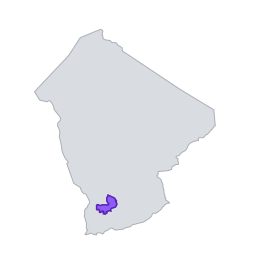 location of Biskra within Algeria, rotated 172°
{"feature_id": "DZA-2211", "entity_name": "Biskra", "entity_type": "Province", "adm_level": 1, "iso_a3": "DZA", "parent_name": "Algeria", "parent_adm1": "", "projection": "equal_earth", "projection_center": [5.569, 34.431], "detail": "fine", "context": "in_parent", "style": "filled", "palette": "violet", "viewbox_px": 256, "rotation_deg": 172, "n_neighbors": 0, "source": "natural_earth", "source_scale": "10m", "svg_char_len": 5592}
<svg xmlns="http://www.w3.org/2000/svg" viewBox="0 0 256 256"><g transform="rotate(172 128 128)"><path d="M185.0,28.2L185.1,28.8L185.2,29.3L184.4,29.8L183.9,30.1L183.3,31.4L182.2,32.4L182.0,32.7L182.0,32.9L182.8,33.3L183.1,33.7L183.2,34.3L182.9,36.2L182.4,39.6L182.4,40.3L182.7,41.2L183.0,41.9L183.1,42.7L183.0,44.6L183.4,45.7L183.7,46.8L183.1,48.0L182.8,49.2L182.6,50.8L182.6,51.8L182.1,52.8L181.6,53.7L180.9,54.2L180.2,54.7L179.3,55.3L178.5,57.0L177.0,58.4L176.6,58.9L176.5,60.0L176.6,61.6L176.8,62.8L177.6,64.7L178.3,66.7L178.5,67.7L178.8,68.1L179.7,68.8L181.3,69.7L181.6,70.1L182.5,71.5L183.3,74.0L183.5,75.7L186.4,78.2L189.2,80.5L189.4,80.8L191.0,88.5L191.6,91.3L193.6,101.2L192.8,101.7L191.9,102.5L192.6,103.8L193.9,106.0L194.8,107.8L195.0,108.6L195.7,110.8L196.2,112.9L196.3,113.6L196.5,115.3L196.4,119.8L196.8,125.6L197.3,128.5L196.6,131.1L196.0,133.6L196.1,134.9L196.4,136.9L196.8,138.3L197.3,139.1L197.2,141.5L197.1,142.4L195.6,143.7L194.0,144.9L193.5,145.9L193.4,147.0L193.6,147.9L198.4,156.3L198.6,157.1L198.7,159.5L199.5,162.5L200.4,163.8L200.7,164.7L201.3,165.4L201.9,165.9L202.3,166.0L204.4,165.2L208.0,166.5L211.4,167.9L211.7,168.2L213.7,172.7L215.5,177.0L177.3,207.5L173.0,212.2L163.1,223.7L162.3,224.2L149.1,227.6L142.2,229.3L141.9,229.4L141.5,229.4L141.2,229.4L140.7,229.1L140.0,228.4L139.5,228.1L139.4,227.5L139.6,226.8L140.0,226.2L140.1,225.7L140.4,225.3L140.7,224.9L140.7,224.5L140.4,223.8L140.2,222.8L140.2,220.9L140.3,220.1L139.6,219.4L138.4,218.6L137.3,218.2L136.8,218.0L135.6,217.7L134.0,217.2L133.4,216.9L132.3,215.2L131.8,214.8L129.3,214.5L128.4,214.2L127.7,213.8L127.2,213.3L126.8,212.3L126.7,211.6L126.5,211.2L123.8,209.4L123.1,208.7L122.7,208.2L122.7,207.3L122.8,206.3L122.7,205.3L122.6,204.9L74.8,162.3L72.3,160.1L66.5,155.2L40.5,134.1L41.2,119.1L41.2,118.4L41.4,118.0L42.3,117.5L43.7,116.2L44.2,115.7L44.8,115.1L47.2,113.4L47.6,112.9L49.9,111.0L50.4,110.7L51.6,110.5L52.1,110.1L52.8,109.4L53.8,108.5L54.4,108.1L54.6,108.0L55.0,107.9L56.9,108.2L57.8,108.4L58.8,108.5L59.1,108.4L59.4,108.1L59.8,107.5L59.9,106.8L59.9,106.1L60.0,105.9L60.2,105.7L60.6,105.8L61.2,105.9L62.4,105.8L62.8,105.8L64.2,105.6L66.1,105.2L68.8,104.2L70.2,103.1L71.2,101.9L72.2,100.1L73.1,98.6L74.7,97.6L76.0,97.0L76.8,96.8L78.5,96.0L81.4,93.6L83.8,93.3L84.1,93.0L84.4,92.6L84.5,91.9L84.1,91.4L83.6,91.2L83.3,90.9L82.9,90.8L82.8,90.5L82.9,89.8L83.0,89.2L83.2,88.7L83.2,87.8L82.9,87.0L82.8,86.4L82.8,85.8L83.0,85.3L83.5,85.0L84.1,84.9L84.8,85.1L86.2,84.9L89.8,83.4L90.0,83.0L90.3,82.0L90.5,81.2L90.9,80.9L91.1,80.8L93.9,80.2L94.6,80.2L99.8,80.5L104.2,80.6L104.6,80.4L104.7,79.8L104.4,78.6L104.6,77.9L105.2,77.2L106.1,76.5L105.7,75.6L105.1,74.9L104.2,74.2L103.8,73.9L103.0,73.0L102.5,72.0L102.2,69.9L101.7,68.7L101.3,67.2L101.7,64.5L101.2,62.8L101.1,62.1L101.1,61.3L101.4,59.9L101.3,57.9L100.7,55.8L101.0,55.1L101.2,54.7L101.1,54.4L100.5,53.7L100.3,53.2L100.4,52.7L100.8,51.9L100.8,51.6L99.8,50.7L98.1,49.3L97.6,48.6L97.4,47.8L99.1,48.0L99.9,47.9L101.9,47.0L103.5,45.7L104.7,45.0L105.8,43.6L106.8,42.7L108.2,41.8L112.2,39.7L112.8,39.7L114.1,40.1L115.3,40.0L116.0,39.3L116.9,37.5L118.2,36.5L119.9,35.4L122.2,34.4L123.6,33.5L126.0,32.7L131.8,32.1L134.7,31.7L136.7,31.8L138.8,30.3L139.8,29.8L144.2,29.7L146.3,28.6L154.2,28.6L155.2,29.0L156.1,29.6L157.7,31.0L158.5,31.3L159.6,31.0L162.0,29.7L164.7,29.0L166.2,28.2L166.8,27.0L168.1,26.6L168.8,27.5L171.7,28.4L173.4,28.1L174.2,27.9L173.9,26.6L175.7,26.9L177.1,27.5L178.6,28.8L179.6,29.1L181.3,28.5L185.0,28.2Z" fill="#d9dde1" stroke="#a8b0b8" stroke-width="1"/><path d="M154.7,50.9L155.6,50.7L155.8,50.6L156.1,50.3L156.3,50.0L156.4,49.8L156.5,49.6L156.4,48.1L156.7,48.1L157.3,48.4L157.6,48.6L158.0,48.7L158.3,48.8L158.6,48.7L158.8,48.6L159.0,48.5L159.2,48.4L159.4,48.3L160.3,48.3L160.5,48.2L160.8,48.0L161.0,48.0L161.1,47.9L161.1,47.7L161.0,47.4L160.7,47.1L160.6,46.9L161.2,46.7L161.9,46.2L162.3,46.0L162.8,45.8L163.0,45.9L163.2,46.2L163.9,46.5L164.1,46.5L164.3,46.5L164.2,46.8L163.8,47.2L163.7,47.3L163.8,47.8L163.8,48.0L163.7,48.3L163.7,48.5L163.8,48.6L164.0,48.8L164.2,49.1L164.3,49.1L164.5,49.0L164.6,48.6L164.7,48.4L164.8,48.3L165.0,48.4L165.1,48.5L165.2,48.8L165.3,48.9L165.3,49.0L165.6,49.0L165.8,48.9L166.0,49.0L166.0,48.9L166.1,48.7L166.4,48.5L166.5,48.4L166.9,48.4L167.3,48.3L167.5,48.2L167.7,48.3L167.9,48.5L168.0,48.6L168.0,48.8L167.9,49.0L167.9,49.3L167.9,49.8L167.8,50.3L167.8,50.5L167.9,50.8L168.1,51.0L168.3,51.3L168.5,51.4L168.7,51.5L168.8,51.5L169.0,51.4L169.3,51.3L169.7,51.2L169.8,51.2L170.0,51.2L170.1,51.3L170.3,51.7L170.4,51.9L170.4,52.1L170.3,52.5L170.3,52.9L170.3,53.2L170.1,53.9L170.0,54.4L170.0,54.5L169.9,54.6L170.0,55.3L169.9,55.7L169.7,56.0L169.4,56.2L169.1,56.3L168.8,56.3L168.6,56.3L168.4,56.3L168.1,56.2L167.9,56.0L167.8,55.9L167.3,55.5L166.0,55.1L165.8,55.1L164.3,55.5L160.0,54.9L159.2,54.6L158.7,54.4L158.5,54.6L158.6,54.8L158.5,55.0L158.3,55.1L158.0,55.2L157.9,55.3L157.7,55.5L157.6,55.8L157.6,56.0L158.3,56.6L158.6,57.0L158.8,57.4L158.9,57.6L159.0,58.0L159.1,58.4L159.1,58.6L159.1,59.1L158.8,61.4L158.8,61.7L158.7,61.9L158.3,62.3L157.9,62.9L157.1,64.4L151.2,60.6L150.9,60.2L150.7,60.0L150.7,59.9L150.6,59.6L150.4,58.5L150.4,58.4L150.3,58.2L150.0,58.2L149.8,58.1L149.7,58.0L149.6,57.9L149.7,57.6L149.7,57.3L150.3,57.2L150.5,57.1L150.5,56.9L150.4,56.8L150.3,56.7L150.2,56.5L150.1,56.2L149.9,55.9L149.8,55.7L149.6,54.7L149.5,54.4L149.5,54.1L149.9,53.7L150.0,53.5L150.1,53.2L150.8,52.3L150.9,52.1L151.2,51.7L151.3,51.5L151.5,51.4L151.8,51.4L152.0,51.4L152.3,51.4L152.6,51.3L153.0,51.2L153.7,51.0L153.8,50.9L154.0,51.0L154.4,50.9L154.5,50.9L154.7,50.9Z" fill="#8b5cf6" stroke="#5b21b6" stroke-width="1.5"/></g></svg>